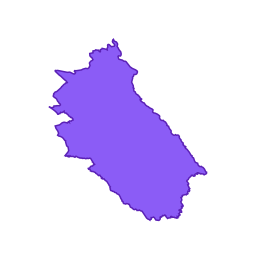 the district of Marolambo, Atsinanana, Madagascar, rotated 305°
{"feature_id": "10022922B10629043557873", "entity_name": "Marolambo", "entity_type": "district", "adm_level": 2, "iso_a3": "MDG", "parent_name": "Madagascar", "parent_adm1": "Atsinanana", "projection": "equal_earth", "projection_center": [47.828, -20.084], "detail": "fine", "context": "isolated", "style": "filled", "palette": "violet", "viewbox_px": 256, "rotation_deg": 305, "n_neighbors": 0, "source": "geoboundaries", "source_scale": "gbopen_adm2", "svg_char_len": 5787}
<svg xmlns="http://www.w3.org/2000/svg" viewBox="0 0 256 256"><g transform="rotate(305 128 128)"><path d="M71.3,121.9L71.7,123.6L72.3,124.1L72.8,127.0L72.4,127.5L72.5,129.2L72.1,131.1L72.6,131.6L72.9,131.6L73.2,132.2L72.4,133.7L72.6,135.2L72.3,135.5L71.6,135.3L71.6,136.0L71.9,136.8L72.6,137.4L72.0,139.4L72.1,141.2L70.6,144.8L70.0,145.7L69.7,147.3L68.7,147.4L68.1,148.4L67.5,148.7L66.9,149.7L67.3,150.8L67.3,151.7L67.9,153.0L67.6,153.9L68.2,155.6L67.8,156.6L68.2,158.8L67.1,161.2L66.4,162.1L65.3,164.5L64.7,164.9L64.8,166.1L63.9,167.0L63.7,168.2L64.2,168.9L64.4,169.8L65.2,170.1L65.9,171.4L65.8,172.3L66.2,172.9L64.6,175.3L64.8,177.4L64.5,179.2L64.9,180.2L66.0,180.9L65.9,182.2L65.6,182.7L66.6,184.0L67.4,184.5L67.3,185.5L67.9,187.3L64.9,194.9L64.8,196.8L65.2,197.8L65.1,198.8L65.4,198.7L66.7,199.3L67.9,198.4L68.4,199.2L69.7,200.0L69.7,201.0L68.6,203.6L70.0,206.3L71.4,206.7L72.9,206.0L73.3,205.5L73.7,205.5L74.2,206.4L74.5,206.1L75.2,206.6L76.2,206.5L76.6,207.7L77.6,207.8L77.9,208.4L77.8,209.0L77.6,209.6L77.2,209.8L76.6,212.3L77.4,212.7L79.0,214.5L79.3,214.6L80.0,213.8L80.5,214.3L80.6,214.8L80.4,215.7L81.4,217.0L81.4,218.1L82.1,219.0L82.1,219.7L82.5,220.0L83.6,219.2L83.6,220.0L84.1,219.6L84.5,220.3L85.5,219.7L86.5,220.5L86.9,220.2L87.0,218.9L87.5,219.2L88.4,218.8L88.9,218.9L89.7,220.2L90.6,219.6L90.8,218.8L90.7,218.1L89.9,217.7L89.8,217.1L90.1,216.9L92.0,218.0L93.7,218.2L94.0,217.1L94.6,216.7L95.3,217.9L95.8,217.9L96.8,216.1L96.7,215.2L97.8,213.8L98.0,213.5L99.3,213.6L100.5,212.9L101.4,211.4L101.6,211.7L102.5,211.6L103.0,211.9L103.6,211.2L104.0,211.2L106.3,213.1L106.7,214.1L107.5,213.9L107.8,214.5L108.2,214.7L108.6,214.8L109.4,213.8L110.5,213.3L111.0,214.5L112.0,214.5L112.4,213.9L112.5,213.1L113.2,213.1L113.4,213.4L113.8,213.4L114.2,211.9L114.5,211.8L115.7,209.5L116.6,209.9L117.2,209.6L118.2,206.7L118.9,206.4L120.4,206.9L121.8,206.6L125.0,207.3L125.6,207.1L126.4,208.2L126.0,209.0L126.4,209.7L127.2,210.3L127.6,210.2L127.9,209.4L128.9,209.6L129.7,210.1L129.7,211.1L130.1,211.4L130.9,210.4L131.1,210.4L131.5,211.0L131.5,211.6L131.8,211.8L131.7,212.6L132.1,213.1L132.1,214.1L132.6,214.3L133.5,216.1L133.3,217.2L135.6,218.4L136.0,218.3L136.9,217.7L136.7,216.8L138.2,214.2L138.7,212.2L138.5,211.2L138.6,210.0L138.0,209.6L137.5,208.6L138.0,206.4L139.1,205.3L138.5,202.9L139.3,201.2L141.0,199.0L141.1,198.5L140.9,198.0L141.3,196.8L142.0,196.4L141.9,195.1L143.3,192.1L144.4,188.5L144.3,186.8L145.0,186.0L145.7,186.2L145.8,185.4L145.2,185.2L145.6,184.3L145.8,182.9L146.2,182.9L146.5,182.2L147.3,181.9L147.4,180.4L148.1,178.6L148.7,178.2L149.1,176.3L149.9,175.2L150.5,174.9L151.0,173.8L150.9,172.9L149.9,171.9L149.8,170.7L148.9,170.4L148.3,169.5L148.3,167.8L148.9,165.8L150.3,165.1L150.7,164.4L151.0,163.0L151.9,161.2L152.7,160.3L152.4,158.4L153.3,157.9L154.4,155.3L154.2,154.0L154.5,152.4L153.6,151.6L153.4,150.0L154.2,148.1L155.7,147.3L156.1,146.7L156.2,144.2L155.7,141.6L155.2,140.7L155.1,139.5L155.4,138.9L157.2,138.1L157.4,137.0L156.9,133.8L157.1,132.6L156.8,130.8L156.9,129.2L157.8,126.9L157.4,125.7L157.5,122.8L158.1,121.7L158.4,121.7L158.8,122.6L159.5,122.6L159.7,120.2L160.4,119.4L160.5,117.3L160.9,116.9L160.5,115.8L160.6,115.2L160.9,114.3L161.7,113.3L161.6,111.9L162.5,110.7L163.3,110.4L163.7,109.6L163.9,109.9L164.3,109.2L165.7,108.0L167.6,104.7L171.6,103.2L172.2,102.5L173.5,102.8L175.2,102.2L176.4,103.7L177.6,104.1L179.3,103.6L179.9,103.0L180.0,101.0L179.3,97.4L179.3,94.6L181.2,88.5L181.2,87.7L180.3,86.1L180.4,84.6L179.3,81.6L179.2,80.8L181.0,78.7L181.7,78.9L182.5,80.4L183.2,80.6L184.7,80.0L186.2,78.4L187.1,75.4L187.9,74.1L188.5,72.4L190.7,71.4L191.1,70.9L191.8,69.2L191.3,66.9L192.3,65.2L191.4,65.0L189.8,65.7L189.4,66.3L188.7,69.0L188.3,69.6L187.1,69.8L185.1,67.8L185.5,64.8L185.3,64.1L184.8,63.7L184.1,63.8L182.6,65.1L181.2,65.2L180.1,66.2L179.8,64.5L178.4,61.1L177.6,61.3L176.3,60.4L174.9,61.5L174.4,61.5L174.2,60.7L174.8,59.1L173.9,57.9L173.6,56.8L172.5,56.5L171.0,55.1L169.5,56.2L167.1,53.9L165.3,55.4L164.9,56.5L164.9,58.0L163.9,60.1L163.0,60.0L161.2,59.1L159.5,59.1L159.1,59.1L157.2,61.2L156.3,61.1L155.4,61.5L153.8,61.1L153.3,60.6L152.7,59.2L150.4,57.3L148.8,56.5L145.2,52.7L144.4,51.4L143.7,51.5L143.2,53.3L141.7,53.3L141.1,52.4L140.4,48.3L138.8,46.4L134.8,37.3L133.8,36.2L133.5,35.5L133.1,35.5L132.7,36.0L131.9,41.3L131.9,43.2L131.1,48.4L131.0,50.4L130.4,52.2L130.0,52.1L129.0,51.0L128.4,51.2L126.9,50.5L124.5,50.2L123.8,49.9L123.3,50.1L121.5,49.8L116.9,48.7L115.7,47.7L113.4,47.5L112.9,48.0L112.2,48.0L111.1,48.6L110.8,50.4L111.0,51.1L110.8,52.9L109.6,54.9L109.3,56.3L108.7,57.6L108.7,58.9L108.1,59.4L107.0,59.1L105.5,56.9L105.0,56.6L103.6,54.7L102.3,55.2L101.6,54.4L100.9,54.3L100.1,50.9L100.2,55.7L100.0,59.0L99.6,61.2L99.0,62.6L99.5,63.2L100.4,63.4L100.8,64.0L102.2,63.8L102.6,64.9L103.1,65.3L105.1,66.0L104.2,66.8L104.0,67.3L104.8,69.2L104.5,69.4L104.5,71.3L103.9,72.3L104.1,73.7L103.7,74.9L103.8,75.1L104.0,74.8L104.2,75.2L104.0,75.8L104.2,76.4L103.7,77.9L102.8,78.4L102.3,77.8L101.0,77.5L100.4,76.2L99.7,76.2L99.3,75.8L98.9,76.4L98.9,75.7L98.6,75.5L97.5,75.6L96.1,72.3L94.6,71.1L91.4,70.2L87.9,67.2L86.4,69.2L85.2,72.3L83.9,74.2L81.7,74.5L81.7,75.9L82.3,77.4L82.6,79.2L82.4,80.9L81.6,83.2L81.8,84.2L80.9,84.7L78.2,88.0L78.0,89.9L75.4,92.4L74.0,92.6L69.3,92.3L69.6,92.9L69.3,93.2L69.9,93.7L70.0,94.6L70.5,94.6L70.6,95.0L70.2,95.2L70.4,96.1L71.2,95.7L71.3,96.5L72.0,96.5L71.8,97.3L73.4,99.6L73.4,100.6L73.6,101.2L74.0,101.5L74.6,101.3L75.1,101.8L75.3,104.1L75.8,105.2L75.8,106.0L76.4,106.5L76.6,107.2L77.0,107.5L77.1,108.4L78.1,109.4L78.7,111.2L79.8,111.8L80.0,112.8L81.4,114.0L81.6,114.9L80.2,118.1L79.7,118.4L79.9,119.1L79.1,120.4L79.1,121.1L78.8,120.9L78.6,121.3L77.5,120.7L76.5,120.8L75.7,119.7L74.2,119.4L73.5,119.7L72.1,118.6L71.6,119.4L72.1,121.1L71.8,121.7L71.3,121.9Z" fill="#8b5cf6" stroke="#5b21b6" stroke-width="1.5"/></g></svg>